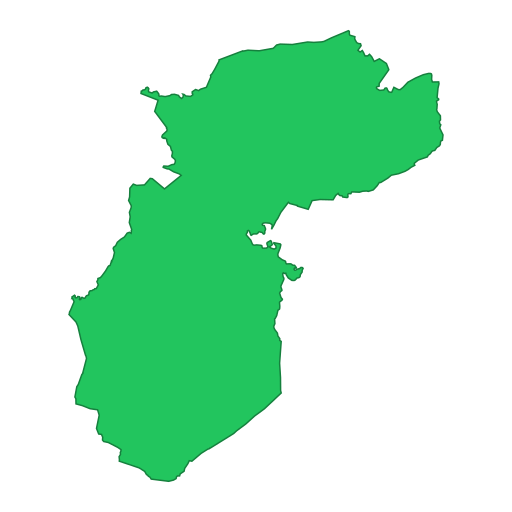 the district of Grāveru pag., Aglonas, Latvia
{"feature_id": "27541924B82032985792031", "entity_name": "Grāveru pag.", "entity_type": "district", "adm_level": 2, "iso_a3": "LVA", "parent_name": "Latvia", "parent_adm1": "Aglonas", "projection": "albers", "projection_center": [27.156, 56.054], "detail": "fine", "context": "isolated", "style": "filled", "palette": "green", "viewbox_px": 512, "rotation_deg": 0, "n_neighbors": 0, "source": "geoboundaries", "source_scale": "gbopen_adm2", "svg_char_len": 5954}
<svg xmlns="http://www.w3.org/2000/svg" viewBox="0 0 512 512"><path d="M360.5,43.7L358.8,43.6L357.1,42.9L356.4,42.1L354.9,39.4L354.7,38.7L354.9,36.7L349.9,35.2L349.4,34.3L349.3,31.3L348.4,30.7L331.3,37.9L324.0,41.4L321.5,41.9L313.8,42.4L307.6,42.0L292.4,44.5L280.1,44.1L276.6,45.0L273.3,48.3L259.2,50.8L247.9,50.2L242.8,51.2L242.7,50.9L219.0,59.9L219.1,61.0L214.6,69.5L212.1,73.7L210.5,75.3L210.8,77.0L206.4,87.3L200.5,89.2L198.6,90.6L195.6,89.5L192.2,91.8L192.2,93.3L192.7,93.9L192.8,94.8L190.6,96.4L185.9,96.0L184.1,94.5L182.9,94.2L183.3,94.8L183.1,97.0L181.6,98.5L179.5,97.0L178.5,95.4L174.5,94.3L171.5,94.5L170.0,95.6L165.2,96.6L161.2,96.0L159.6,96.3L158.8,95.7L158.9,94.4L158.6,93.6L156.7,91.2L153.5,91.9L152.1,93.0L148.8,91.9L148.4,91.1L148.8,88.7L148.1,87.7L147.3,87.2L146.0,87.7L145.3,89.3L144.7,89.8L142.9,90.0L142.1,90.9L141.3,91.1L141.0,93.5L158.1,100.2L154.7,111.4L166.7,127.5L166.4,128.0L167.1,129.4L166.9,130.9L162.5,135.0L161.9,136.6L162.1,137.5L163.4,138.3L164.4,138.4L164.2,137.8L164.7,137.8L166.8,139.3L166.7,140.7L167.9,144.3L170.4,146.4L171.4,150.2L172.4,151.3L172.4,153.4L171.8,155.8L172.0,156.9L174.8,159.3L175.4,160.7L175.1,162.7L174.2,164.3L171.9,164.6L168.1,166.3L163.8,166.0L163.3,166.7L163.2,167.4L167.2,168.9L168.9,169.0L173.6,171.8L179.5,174.0L181.2,175.4L164.5,188.9L152.3,178.7L150.2,178.4L144.5,184.9L136.6,185.4L133.3,184.1L129.9,188.2L129.6,197.0L128.6,200.5L131.3,205.8L131.1,207.9L129.4,212.3L130.2,216.8L129.3,222.6L131.7,229.5L131.3,230.6L131.4,231.8L131.1,233.3L129.4,232.3L127.2,233.1L124.4,237.0L120.5,239.5L117.3,242.3L115.7,245.7L113.6,247.3L113.2,248.5L114.5,252.5L113.2,258.0L112.5,259.6L111.5,260.8L111.3,261.4L111.8,261.8L110.9,262.9L110.1,265.5L109.0,265.7L108.1,266.6L105.6,270.9L102.0,275.8L100.4,277.6L97.9,278.5L97.9,279.7L96.9,281.6L98.3,284.9L96.3,288.6L94.8,288.7L94.2,289.6L93.2,289.7L92.1,290.6L90.1,290.8L89.0,292.2L88.9,293.9L88.6,294.9L86.4,295.8L84.8,298.2L83.9,298.3L82.0,297.3L81.5,297.7L80.7,299.5L79.7,299.7L79.4,299.4L79.8,297.4L79.5,296.8L77.9,296.5L76.8,297.8L75.6,297.8L75.2,297.5L75.2,295.9L74.5,295.2L71.9,297.0L72.2,298.2L72.0,298.5L72.6,298.5L74.1,301.7L70.4,310.5L69.5,312.1L69.4,313.4L69.0,314.5L76.0,322.0L77.8,326.0L80.9,339.4L85.5,355.2L86.1,356.4L86.5,358.5L82.8,372.8L83.0,373.0L81.8,374.6L78.3,384.4L76.8,386.7L74.9,397.0L75.9,398.8L76.0,403.9L82.3,405.6L90.1,408.7L97.6,409.8L99.2,415.2L96.5,428.4L98.7,434.0L101.5,434.4L102.7,437.2L102.5,440.0L103.7,441.5L108.3,442.5L117.8,447.4L121.0,449.6L120.9,451.2L120.3,452.5L120.5,454.4L119.1,456.7L119.4,459.6L119.3,461.2L139.2,467.9L144.7,471.4L146.5,474.6L147.7,475.2L148.3,476.2L150.0,477.2L151.2,479.1L168.7,481.3L173.5,480.1L176.1,478.6L176.5,476.8L177.5,475.9L179.6,475.9L180.2,473.9L184.1,471.2L184.7,468.4L187.8,463.8L189.3,460.7L191.9,461.2L201.2,453.3L207.7,449.2L209.3,448.7L209.9,448.0L210.2,448.1L233.7,433.5L236.6,430.8L246.0,423.8L254.6,416.0L264.4,408.8L281.2,393.0L280.6,390.5L280.5,377.6L279.6,363.2L281.2,341.4L279.7,340.4L279.8,338.7L277.9,336.0L277.4,333.1L274.8,329.6L273.9,327.7L273.8,326.1L274.9,323.7L274.6,318.9L275.3,318.3L276.7,315.6L277.9,310.3L279.5,309.1L279.7,308.3L279.8,306.1L279.5,302.6L279.7,301.9L281.9,300.3L282.4,299.2L281.0,297.5L279.6,293.1L280.4,291.7L281.9,290.5L281.8,289.4L280.9,287.1L281.0,285.8L283.8,279.5L283.9,278.2L283.1,276.7L282.7,274.0L282.8,273.3L283.4,272.8L284.5,273.5L285.8,273.2L286.2,274.7L288.3,278.0L291.9,280.4L294.1,280.5L295.1,280.1L297.2,277.9L298.8,277.7L299.8,277.0L300.2,276.1L300.3,274.7L302.1,272.1L302.2,270.3L303.1,268.4L302.5,267.6L301.0,267.4L299.5,268.6L297.1,269.2L295.6,270.2L294.6,270.2L294.1,269.5L294.3,268.3L294.8,267.9L295.9,268.2L296.3,267.5L294.6,265.3L292.7,265.2L291.4,264.1L290.4,263.8L286.4,263.9L285.8,262.9L285.6,261.5L285.3,261.1L282.1,259.7L278.3,256.9L277.8,254.8L278.0,253.4L280.1,248.0L280.7,245.5L280.8,244.6L280.2,243.9L273.9,242.7L273.8,243.4L275.8,245.7L276.1,246.8L275.9,248.2L274.2,249.1L271.3,248.2L269.4,246.9L271.9,245.1L272.3,244.4L271.2,241.1L270.5,240.6L267.2,242.5L266.9,243.3L267.0,244.2L267.9,246.5L267.5,247.3L266.5,248.1L262.8,248.2L262.2,247.6L261.8,245.7L261.0,245.3L256.7,244.9L254.1,245.2L253.0,244.8L252.2,243.7L250.8,240.2L246.3,235.0L246.4,233.8L247.3,232.5L247.4,230.9L248.3,230.4L249.0,230.8L250.0,232.7L250.7,234.9L251.2,235.3L253.5,233.9L256.8,233.9L257.9,233.1L258.7,232.0L259.3,231.8L262.2,232.5L263.4,234.0L264.0,234.1L264.8,233.1L264.8,231.2L265.5,229.6L265.5,228.7L264.3,225.6L262.6,225.3L262.2,224.5L262.5,223.7L263.3,223.1L265.4,222.8L269.7,223.2L271.9,224.5L272.2,225.8L271.5,229.3L273.9,225.2L276.1,220.7L277.7,218.5L280.8,212.4L288.4,202.3L289.7,203.5L297.3,205.5L297.4,206.1L308.2,209.3L312.1,200.6L320.0,199.5L333.1,199.8L335.7,195.4L338.1,193.4L338.8,194.6L340.0,195.6L342.0,195.7L342.7,197.0L347.1,197.6L348.0,196.9L347.8,194.6L348.0,194.1L348.6,193.6L350.8,193.7L351.9,191.9L359.5,192.2L362.8,191.2L366.8,191.0L368.3,191.4L373.3,189.9L377.2,185.7L379.3,182.5L380.7,182.5L388.0,178.0L391.3,175.2L398.6,173.7L405.0,171.3L408.2,169.5L411.2,167.2L414.8,165.3L414.2,164.1L414.4,163.2L418.3,160.0L427.4,156.9L428.1,155.3L430.3,153.7L431.8,151.5L432.6,150.9L434.8,150.4L436.8,147.5L439.5,145.8L440.3,144.4L440.5,141.9L441.1,140.8L442.4,140.3L443.0,134.9L439.7,128.0L440.8,124.8L439.7,123.7L439.4,121.2L440.5,119.9L440.4,115.8L437.3,111.8L436.6,109.7L436.9,108.6L437.2,104.3L436.7,102.7L436.5,101.1L438.6,99.8L438.7,99.1L437.1,97.6L438.0,88.1L439.0,83.8L438.7,81.9L432.4,82.0L431.6,79.4L431.8,75.3L431.4,73.9L430.7,73.5L428.7,73.4L423.3,74.7L415.6,78.0L407.9,82.2L403.1,87.3L400.1,89.7L398.3,89.6L393.9,87.3L391.8,92.1L391.3,92.4L388.9,91.9L387.7,90.3L386.9,88.3L386.2,87.9L385.0,88.2L383.8,90.0L379.7,90.4L376.9,88.8L376.4,87.9L376.5,87.2L376.8,86.8L379.1,86.2L379.2,83.4L388.7,69.9L388.8,69.6L386.4,63.5L379.4,58.8L374.2,61.4L371.6,56.6L369.5,54.3L367.7,55.9L365.0,55.9L363.6,52.7L362.3,50.5L360.1,52.0L357.9,50.3L361.1,45.7L360.5,43.7Z" fill="#22c55e" stroke="#15803d" stroke-width="1.5"/></svg>